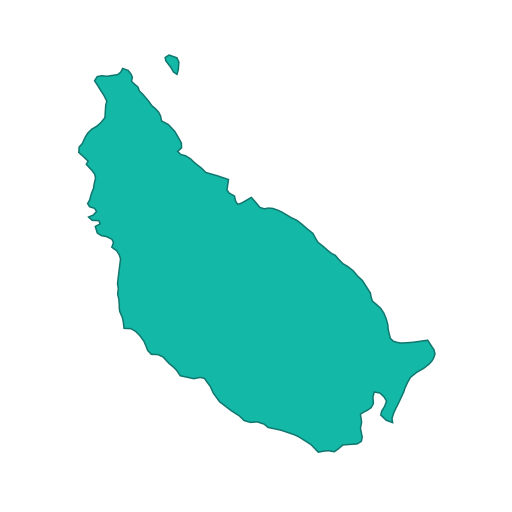 Guimarães, Maranhão, Brazil (Equal Earth projection), rotated 281°
{"feature_id": "56859067B67184949863707", "entity_name": "Guimarães", "entity_type": "district", "adm_level": 2, "iso_a3": "BRA", "parent_name": "Brazil", "parent_adm1": "Maranhão", "projection": "equal_earth", "projection_center": [-44.642, -2.155], "detail": "fine", "context": "isolated", "style": "filled", "palette": "teal", "viewbox_px": 512, "rotation_deg": 281, "n_neighbors": 0, "source": "geoboundaries", "source_scale": "gbopen_adm2", "svg_char_len": 2865}
<svg xmlns="http://www.w3.org/2000/svg" viewBox="0 0 512 512"><g transform="rotate(281 256 256)"><path d="M206.1,440.6L201.3,426.7L199.6,420.5L198.3,415.4L198.1,411.1L198.6,406.9L200.9,403.5L206.5,400.9L209.8,399.6L213.9,398.4L219.0,395.9L224.2,392.5L228.4,388.4L230.8,384.5L234.0,378.8L238.0,376.7L241.6,375.3L244.9,372.1L248.5,368.7L252.2,365.2L255.8,359.4L259.9,354.4L263.0,348.5L265.1,342.7L268.8,337.4L271.8,333.7L272.9,329.7L275.2,325.3L277.9,320.7L281.4,314.0L285.3,310.6L289.0,307.6L292.3,301.3L295.6,295.6L298.8,289.4L300.3,283.5L304.2,272.5L305.2,268.2L305.9,263.3L305.4,259.0L303.9,255.0L304.4,250.6L308.5,245.6L312.6,240.2L309.7,236.9L305.4,232.0L303.2,228.2L306.1,225.4L310.7,223.5L312.7,217.6L315.3,214.9L325.8,214.4L327.4,202.7L328.4,190.8L331.5,186.3L335.7,178.1L338.8,173.3L341.0,167.7L341.3,162.8L343.7,159.1L347.9,162.3L352.6,161.2L358.2,156.6L362.8,152.5L368.3,144.9L370.6,137.5L375.4,135.5L378.6,133.0L381.3,129.3L383.8,124.9L387.3,121.3L393.1,114.1L395.7,110.1L399.4,107.8L401.3,104.3L403.7,100.4L407.6,100.6L410.5,98.8L413.7,95.2L414.7,89.3L410.8,88.2L407.7,85.7L404.0,75.4L403.5,70.1L401.8,65.9L397.2,64.1L393.4,67.8L388.8,72.0L384.6,76.1L379.5,80.0L375.4,79.7L367.6,80.7L363.0,81.3L357.0,78.1L352.8,74.7L349.2,70.6L344.7,67.5L341.0,66.0L337.3,65.0L333.4,64.1L329.2,61.6L323.8,62.3L320.9,67.2L317.0,73.1L313.6,71.9L308.3,79.1L305.6,82.0L302.0,83.6L295.4,83.4L291.5,83.6L285.8,82.5L279.2,82.0L275.4,80.7L272.6,83.2L272.0,88.4L269.3,91.0L265.1,88.4L262.3,84.2L259.7,88.4L260.7,94.9L257.9,96.9L254.3,92.6L248.3,95.8L246.5,100.2L246.5,105.6L244.9,111.4L242.0,113.5L237.1,112.8L234.5,118.3L231.1,121.5L227.2,123.6L207.8,124.9L202.1,125.4L198.1,127.0L192.0,127.5L187.7,129.5L181.9,131.1L178.6,131.8L175.6,132.8L172.5,134.9L169.5,136.9L165.6,138.4L159.8,140.3L160.8,147.2L158.9,152.5L155.7,157.1L151.1,162.1L146.8,165.1L142.6,167.7L139.5,172.0L140.5,178.4L139.2,183.9L136.1,188.2L133.8,191.3L131.1,196.3L128.7,199.8L124.0,204.5L123.7,218.3L126.1,224.3L126.1,228.6L119.2,236.0L113.1,240.4L105.9,248.2L99.3,261.5L95.9,270.1L92.2,275.7L91.6,282.4L93.4,288.8L92.5,296.1L90.0,300.5L89.8,313.3L87.9,327.5L86.7,332.4L81.4,345.9L75.3,354.6L77.4,359.7L78.7,364.3L78.8,370.2L82.1,373.4L87.1,377.3L89.3,385.4L90.8,391.1L94.2,394.8L98.5,394.8L106.8,391.4L112.9,391.4L117.4,389.9L120.6,388.6L123.2,391.4L125.7,394.6L129.1,398.0L133.6,399.4L139.8,397.7L145.1,398.0L145.1,404.0L141.9,408.8L138.5,411.8L133.0,411.0L127.9,409.0L123.7,408.8L119.6,415.1L118.5,421.9L122.5,420.5L127.9,421.1L132.9,422.3L138.5,423.9L146.9,426.0L150.9,427.0L154.5,427.4L160.8,428.9L166.4,430.8L172.3,435.8L177.8,442.1L182.8,446.4L186.1,448.5L189.5,449.8L194.0,450.4L198.1,448.5L200.6,445.9L206.1,440.6ZM431.6,143.3L435.4,140.6L436.7,132.3L433.5,128.9L430.4,130.2L424.8,136.5L420.9,139.9L419.2,143.8L424.1,144.2L431.6,143.3Z" fill="#14b8a6" stroke="#0f766e" stroke-width="1.5"/></g></svg>